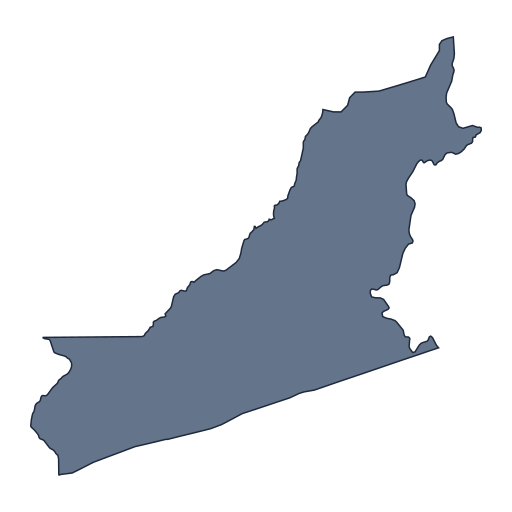 outline of Eastern
{"feature_id": "ZMB-518", "entity_name": "Eastern", "entity_type": "Province", "adm_level": 1, "iso_a3": "ZMB", "parent_name": "Zambia", "parent_adm1": "", "projection": "orthographic", "projection_center": [31.874, -13.313], "detail": "fine", "context": "isolated", "style": "filled", "palette": "slate", "viewbox_px": 512, "rotation_deg": 0, "n_neighbors": 0, "source": "natural_earth", "source_scale": "10m", "svg_char_len": 5016}
<svg xmlns="http://www.w3.org/2000/svg" viewBox="0 0 512 512"><path d="M453.3,36.9L454.4,53.7L453.9,58.5L452.2,63.5L452.2,65.6L453.6,68.5L454.1,70.3L453.7,72.4L452.9,74.5L451.7,81.2L446.6,93.1L446.1,97.5L446.3,101.9L447.2,104.0L450.8,107.5L452.3,109.3L453.9,113.6L456.1,122.8L458.5,126.7L463.0,128.3L472.5,125.5L477.5,127.3L479.6,127.2L481.1,127.8L481.3,130.5L480.1,132.6L479.6,132.9L476.2,134.9L475.3,137.1L473.3,137.4L472.7,138.4L472.6,141.6L471.5,143.2L467.6,144.7L466.1,146.1L464.1,149.1L461.4,151.7L458.5,153.5L455.7,154.2L454.7,153.8L453.6,153.2L452.3,152.5L450.7,152.4L447.3,152.9L446.3,153.4L444.8,155.1L442.7,159.5L440.9,160.8L439.6,161.2L438.8,161.7L438.2,162.1L437.6,162.6L436.8,163.3L436.4,164.2L435.8,164.9L434.5,164.9L433.9,164.3L432.4,161.3L431.5,160.4L430.3,160.1L429.3,160.2L427.3,160.7L426.3,161.3L425.1,162.3L424.0,162.8L423.1,162.0L422.6,160.9L421.9,160.2L421.0,160.0L419.9,160.4L418.1,162.1L416.8,163.8L412.8,171.7L408.2,178.6L406.4,182.1L406.0,184.4L406.7,194.0L407.5,195.5L410.9,197.7L414.1,200.6L415.1,203.8L414.5,207.4L411.0,215.4L408.9,229.9L409.1,232.2L409.6,234.4L410.6,236.7L412.6,239.7L413.0,241.2L412.3,243.0L408.5,244.1L405.3,248.2L402.9,253.3L401.1,260.7L399.4,267.7L397.1,272.7L393.4,274.7L391.1,275.0L390.0,276.4L389.7,278.5L389.8,280.9L389.2,283.9L387.5,285.0L382.8,285.7L381.1,286.8L377.7,289.7L376.1,290.0L373.7,289.2L371.9,289.0L370.6,290.0L370.1,292.7L371.6,296.9L375.6,297.8L380.3,297.9L383.6,299.4L388.4,306.3L389.1,307.9L388.1,309.3L383.4,311.5L382.0,313.0L382.7,316.5L386.4,318.2L391.1,319.1L395.0,320.6L396.8,322.3L403.1,330.1L403.6,332.1L403.9,334.1L404.7,336.1L405.7,337.0L408.0,336.9L409.1,337.5L409.8,338.6L409.8,339.3L409.6,340.0L409.1,346.6L409.8,348.6L412.7,352.5L415.0,351.9L419.1,345.4L420.8,343.5L422.6,342.6L427.0,341.3L428.1,340.1L429.4,336.8L430.7,336.1L432.5,337.6L436.4,345.2L438.6,347.8L429.3,350.9L418.2,354.7L402.1,360.1L380.2,367.6L358.8,374.9L339.5,381.4L326.2,386.0L314.3,390.1L304.1,391.9L299.2,393.4L289.6,397.9L276.9,402.1L260.2,407.7L242.0,413.7L233.3,418.4L221.5,424.6L210.6,428.7L197.4,432.0L181.0,436.0L167.9,439.3L165.6,439.4L147.7,443.7L135.1,446.6L117.5,453.2L106.8,457.2L93.3,462.3L81.6,468.3L72.2,473.0L61.1,474.4L59.0,475.0L58.8,474.8L58.6,459.2L57.9,455.2L57.3,454.9L55.9,453.5L55.0,451.9L53.7,450.4L52.6,449.6L50.7,448.7L50.0,448.2L49.3,447.5L44.2,440.8L43.7,440.3L43.1,439.9L40.2,438.8L39.4,438.0L38.9,437.0L38.5,435.4L38.0,434.5L37.4,433.6L34.2,429.8L31.5,427.4L30.7,426.1L31.4,419.5L32.4,414.6L32.9,413.2L33.4,412.3L33.8,412.0L34.5,409.6L34.9,406.8L35.3,405.4L35.7,404.5L37.0,403.1L38.1,402.4L38.7,402.1L39.4,401.7L40.1,400.8L40.5,399.7L40.8,397.9L41.3,396.7L41.8,395.9L42.4,395.6L43.1,395.5L44.7,395.8L45.5,395.8L46.1,395.6L46.8,395.2L47.8,394.2L52.7,387.5L56.3,384.3L57.3,383.3L57.9,382.3L58.4,380.9L58.9,380.1L59.4,379.6L60.6,378.9L62.3,377.0L63.3,376.2L66.7,374.4L68.1,373.3L69.0,372.1L70.3,370.0L70.9,368.6L71.5,366.9L71.6,365.8L71.7,364.9L71.5,363.4L71.4,362.7L71.1,362.1L70.4,361.0L69.8,359.8L69.5,359.3L68.9,358.9L68.3,358.6L67.7,358.3L66.3,356.9L65.7,356.6L64.4,356.0L58.4,354.3L55.0,352.9L54.3,352.5L53.8,351.6L50.3,341.1L49.7,339.9L49.0,339.4L48.2,339.2L45.7,338.9L44.3,338.5L43.6,338.2L43.1,337.8L43.2,337.4L141.9,336.6L143.1,336.2L144.3,335.6L145.0,334.0L145.8,332.9L147.9,331.0L150.0,327.9L150.0,327.4L152.9,326.4L153.4,324.2L153.3,322.1L154.3,321.1L156.0,320.6L159.3,318.2L160.8,317.4L164.5,317.0L165.8,316.0L165.1,313.9L167.1,311.7L167.4,311.4L170.5,308.1L171.4,306.3L173.6,296.8L175.2,294.2L178.6,292.7L180.1,290.7L181.3,290.3L184.6,291.1L186.3,290.8L187.5,287.5L189.9,284.6L190.4,282.8L190.9,281.8L192.0,281.5L193.1,281.7L194.0,282.3L194.6,281.8L195.7,280.6L200.9,276.5L203.7,274.9L209.8,273.6L212.6,271.5L213.9,270.6L216.7,269.7L218.8,270.0L221.4,270.7L224.0,271.0L226.1,270.1L236.2,262.4L239.3,258.4L240.8,253.4L241.7,248.2L244.0,240.6L244.7,239.5L247.3,238.8L248.3,238.2L249.0,237.2L249.3,235.9L250.2,233.3L252.2,231.5L253.9,229.5L254.3,226.4L255.1,226.4L255.3,227.0L255.7,227.7L256.0,228.3L258.0,226.9L260.9,225.5L262.6,224.2L263.9,222.5L264.6,222.1L267.3,221.7L268.2,221.2L268.8,220.3L269.2,219.2L270.8,219.8L271.8,219.6L272.9,218.9L274.4,218.3L273.6,215.8L273.5,213.1L273.8,210.5L274.4,208.4L274.5,207.8L274.3,206.4L274.4,205.8L275.1,205.2L275.8,205.1L276.5,205.2L277.1,204.9L278.8,203.3L279.3,202.5L279.7,201.3L281.1,201.2L283.8,200.5L286.4,199.4L287.6,198.2L287.9,195.8L290.0,189.8L291.2,187.7L292.3,186.9L293.4,186.6L294.2,186.1L294.8,183.4L296.0,180.7L296.3,179.3L296.4,177.6L297.1,173.3L297.1,168.9L297.6,167.6L298.1,166.7L298.7,165.7L299.2,162.4L300.5,160.9L303.3,148.1L303.3,142.3L303.6,141.3L304.8,139.6L305.1,138.8L305.3,136.9L305.8,136.0L306.6,135.3L307.8,133.9L308.7,132.5L310.4,128.5L312.0,126.8L318.4,121.8L318.7,120.5L321.0,117.7L322.0,115.0L322.7,112.3L322.9,109.5L333.5,111.9L341.1,111.9L347.6,105.3L349.7,97.6L355.1,92.1L362.7,92.1L378.9,91.1L408.0,82.4L425.3,77.0L430.7,64.9L439.4,50.6L439.4,44.4L441.9,40.7L447.0,38.5L453.3,36.9Z" fill="#64748b" stroke="#1e293b" stroke-width="1.5"/></svg>